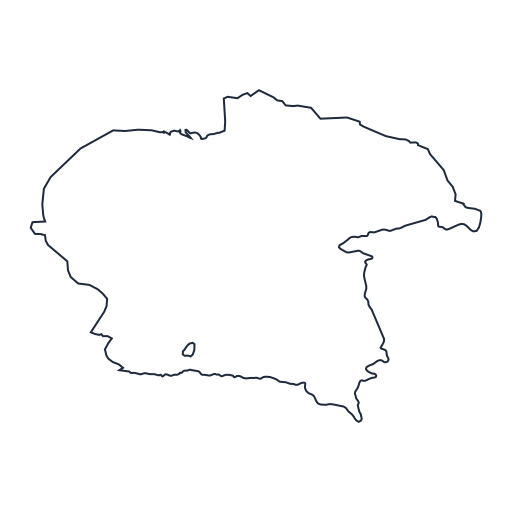 the Region of Almaty
{"feature_id": "KAZ-3207", "entity_name": "Almaty", "entity_type": "Region", "adm_level": 1, "iso_a3": "KAZ", "parent_name": "Kazakhstan", "parent_adm1": "", "projection": "natural_earth1", "projection_center": [78.658, 44.747], "detail": "fine", "context": "isolated", "style": "outline", "palette": "slate", "viewbox_px": 512, "rotation_deg": 0, "n_neighbors": 0, "source": "natural_earth", "source_scale": "10m", "svg_char_len": 5437}
<svg xmlns="http://www.w3.org/2000/svg" viewBox="0 0 512 512"><path d="M463.8,203.0L463.5,204.4L465.4,207.0L467.2,207.8L474.9,208.8L480.2,210.8L481.0,212.0L481.3,214.4L481.2,217.0L480.3,222.8L478.9,227.5L476.6,230.9L473.4,231.4L470.9,230.1L466.4,225.7L464.0,224.2L461.5,223.9L458.7,224.6L449.0,229.0L446.5,229.6L444.4,228.7L443.4,227.7L442.6,227.2L439.1,226.7L438.4,226.3L438.1,225.4L438.1,223.9L437.7,221.7L436.9,219.0L435.5,217.1L433.8,216.9L431.7,216.4L429.6,217.3L425.5,219.9L405.2,225.7L401.1,227.8L399.0,228.5L396.7,228.5L390.5,230.8L389.1,230.8L384.9,229.6L382.4,229.6L374.3,232.4L370.7,232.1L369.6,232.2L368.6,233.0L367.6,235.3L366.8,236.0L365.5,236.1L361.7,235.9L358.1,237.3L354.4,236.7L352.1,236.9L350.0,237.7L348.1,239.4L343.0,243.4L340.7,244.5L339.6,245.2L338.9,247.1L340.2,248.7L346.5,252.3L349.0,252.5L358.1,250.7L359.5,250.9L360.4,251.3L363.0,253.2L371.3,256.1L372.2,256.6L372.4,257.4L372.2,258.3L371.4,258.8L368.0,259.5L366.3,260.3L365.2,261.5L365.2,262.2L365.4,262.8L366.3,263.9L366.7,264.7L366.5,265.4L365.7,266.8L364.4,271.8L364.0,274.4L364.1,276.7L366.3,286.3L366.3,288.8L364.9,293.5L364.6,295.9L364.9,297.1L365.7,298.0L367.3,299.6L367.9,300.7L368.3,301.8L368.4,303.0L368.4,304.3L369.0,305.7L369.8,307.2L371.7,309.7L377.9,324.4L384.1,339.0L384.0,341.2L383.2,343.2L380.6,347.7L381.4,348.7L383.3,349.2L385.4,350.1L386.1,351.0L386.5,352.1L386.6,353.4L386.7,354.7L387.0,355.9L388.2,358.0L388.5,359.2L388.2,360.6L387.4,361.6L386.4,362.1L385.3,362.3L384.2,362.1L381.6,360.3L379.4,360.2L377.2,361.1L373.2,364.0L368.7,365.8L366.6,367.1L365.9,368.9L366.9,370.5L368.6,371.9L372.2,373.5L374.5,373.8L375.6,374.4L376.2,375.5L375.9,376.8L374.8,377.5L372.2,377.8L368.3,379.2L367.3,379.9L364.9,380.8L364.0,380.9L362.2,380.5L361.3,380.4L360.4,380.9L359.4,382.6L358.3,386.5L357.4,388.4L355.6,391.1L355.1,392.1L354.9,393.5L355.2,394.5L355.6,395.6L356.1,398.1L356.7,399.1L358.1,401.0L358.6,402.1L358.7,402.9L358.4,403.8L357.8,405.0L357.9,405.8L359.1,411.0L359.5,412.0L360.0,413.0L360.7,413.9L361.7,418.6L361.3,420.0L360.7,420.8L358.7,421.8L356.5,420.5L354.9,418.6L353.5,416.3L351.8,414.2L348.4,411.4L346.4,408.6L345.7,407.8L343.5,406.5L332.0,404.2L329.7,404.1L325.6,404.8L320.6,404.5L318.0,403.5L316.6,401.7L314.2,396.5L312.6,394.9L308.5,393.1L306.6,391.3L305.9,390.1L305.3,388.9L305.0,387.6L305.0,386.1L305.3,383.6L304.9,382.9L303.6,382.6L301.5,382.9L297.5,384.8L295.6,384.8L293.6,384.0L290.1,383.8L286.0,382.3L279.7,381.7L278.9,381.2L277.1,379.8L274.9,378.7L269.9,377.0L266.4,376.7L264.2,376.9L263.1,377.2L261.2,378.4L260.3,378.7L259.2,378.6L257.1,377.9L256.1,377.7L253.7,378.0L251.4,377.9L245.8,378.4L243.5,378.0L240.6,376.4L239.4,376.0L238.2,375.9L237.1,376.0L236.6,376.2L235.7,376.8L234.4,377.3L233.8,376.9L233.5,376.5L233.3,376.1L232.9,375.7L229.5,374.9L226.0,374.8L225.0,375.0L222.2,376.2L221.4,376.2L220.4,375.7L219.5,375.0L218.5,374.5L216.4,374.5L215.0,374.0L214.2,374.0L213.4,374.2L211.2,375.1L209.5,375.6L204.4,374.8L203.5,374.8L202.7,374.8L201.8,374.6L201.0,374.0L199.6,372.1L199.0,371.6L197.2,371.0L191.4,370.1L190.4,369.7L189.4,369.8L187.3,370.6L185.0,370.6L184.0,370.8L183.0,371.4L181.9,372.6L181.5,372.9L181.2,372.9L180.3,372.7L179.9,372.8L179.8,373.0L179.7,373.3L179.5,373.6L177.5,374.6L176.5,374.8L174.2,374.7L172.2,375.5L171.1,375.8L169.8,375.6L167.1,374.5L165.7,374.3L164.8,374.7L163.2,376.1L162.3,376.4L161.8,376.1L161.2,375.1L160.7,374.8L160.1,374.8L159.0,375.3L158.5,375.3L154.1,374.1L149.4,374.1L145.6,373.2L144.3,373.2L140.9,374.3L139.7,374.2L135.7,373.1L133.6,372.8L131.0,373.0L130.9,373.0L129.2,371.5L119.4,370.2L123.0,367.8L118.7,364.3L112.7,362.0L108.3,358.6L106.8,356.2L106.1,354.6L105.7,352.5L104.9,349.5L108.3,343.1L111.8,338.4L107.5,336.1L102.9,336.1L101.3,334.2L99.2,334.9L95.1,334.0L90.8,332.3L104.2,311.8L106.6,306.0L107.1,298.8L103.1,294.0L98.1,289.5L89.4,284.9L78.2,283.5L70.7,277.0L68.0,270.3L67.3,261.3L47.9,244.9L45.7,240.7L45.0,235.1L40.0,234.0L35.0,233.9L30.7,227.8L32.5,222.2L45.2,221.5L44.0,218.4L43.2,214.9L42.3,204.3L43.9,188.7L50.6,177.1L80.5,148.5L113.2,130.4L125.1,131.0L138.3,129.7L151.7,130.3L160.2,132.3L162.9,132.0L163.3,132.6L163.9,132.7L164.1,131.5L168.3,133.7L169.4,134.6L169.8,134.7L170.1,133.9L170.1,133.0L170.2,132.6L170.4,132.3L170.8,131.9L171.3,131.6L173.8,130.7L174.4,130.7L177.0,131.3L178.1,131.3L179.1,131.0L180.1,130.1L180.4,130.7L180.5,131.3L180.3,131.9L179.8,132.3L180.5,133.5L181.9,134.4L186.6,136.1L189.5,137.6L190.9,138.1L189.6,136.5L187.5,134.4L185.7,132.2L185.4,130.1L186.1,129.7L187.2,130.3L189.7,132.9L190.2,133.2L190.7,133.3L191.4,133.2L192.6,132.8L195.2,132.5L197.4,133.2L199.3,134.9L200.9,137.2L201.0,137.7L200.9,138.1L200.9,138.5L201.7,138.9L202.2,139.0L205.7,138.2L206.4,137.4L206.9,136.4L207.5,135.5L208.6,134.8L209.7,134.4L213.9,134.0L217.7,132.8L219.1,132.9L220.1,132.4L224.6,130.7L225.2,121.6L223.8,98.5L227.6,96.8L237.5,98.2L242.4,94.9L247.3,93.1L250.6,96.0L258.9,90.2L273.4,97.3L277.3,100.4L282.2,101.1L285.7,105.4L292.9,106.1L297.8,105.6L311.1,107.8L320.4,118.7L347.1,117.5L359.7,121.7L360.0,124.5L364.0,126.8L385.8,136.1L399.8,139.2L405.5,139.4L408.9,141.0L410.3,142.6L416.0,142.4L417.9,143.6L418.1,145.2L427.8,149.1L430.1,154.2L443.8,170.2L447.5,180.5L452.7,186.8L455.6,194.3L455.0,200.9L462.7,203.4L463.8,203.1L463.8,203.0ZM190.7,356.4L192.8,354.4L194.3,350.2L194.5,344.2L192.6,342.8L189.6,343.6L187.7,345.2L186.0,347.4L184.3,350.0L182.9,351.3L182.8,354.4L184.7,355.8L187.9,355.6L190.7,356.4Z" fill="none" stroke="#1e293b" stroke-width="2"/></svg>